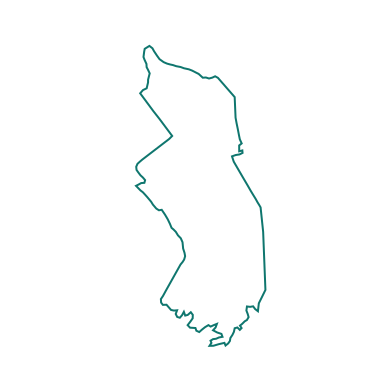 outline of Peri Mirim, Maranhão, Brazil, rotated 233°
{"feature_id": "56859067B19670060487182", "entity_name": "Peri Mirim", "entity_type": "district", "adm_level": 2, "iso_a3": "BRA", "parent_name": "Brazil", "parent_adm1": "Maranhão", "projection": "orthographic", "projection_center": [-44.905, -2.565], "detail": "fine", "context": "isolated", "style": "outline", "palette": "teal", "viewbox_px": 384, "rotation_deg": 233, "n_neighbors": 0, "source": "geoboundaries", "source_scale": "gbopen_adm2", "svg_char_len": 2195}
<svg xmlns="http://www.w3.org/2000/svg" viewBox="0 0 384 384"><g transform="rotate(233 192 192)"><path d="M334.8,240.4L332.9,238.3L329.0,234.5L326.3,233.7L321.7,232.7L319.0,230.9L316.0,230.4L312.2,229.6L310.2,227.1L308.1,224.5L306.0,222.9L302.1,218.2L302.9,214.2L302.0,210.0L279.7,209.8L270.0,210.0L248.7,209.9L248.1,205.8L247.9,182.9L247.8,171.7L247.6,168.4L247.3,165.4L245.7,162.6L243.0,161.0L240.0,160.9L236.4,160.9L233.1,161.5L229.7,161.7L228.0,159.5L229.7,156.8L230.1,153.9L230.6,151.0L224.3,151.8L221.4,152.6L218.5,152.9L214.8,153.2L208.8,153.5L205.5,153.2L200.3,153.5L197.3,154.6L196.0,157.1L190.0,156.8L184.8,156.2L179.8,155.2L175.7,154.1L173.1,154.7L169.9,155.1L165.8,154.7L161.8,155.2L157.6,154.2L152.2,150.9L147.9,149.4L144.9,147.9L142.8,145.1L141.8,142.5L141.0,139.2L128.9,111.7L126.4,106.2L125.2,102.7L122.3,100.8L119.4,100.8L117.3,103.8L110.4,104.3L108.2,106.2L106.5,108.9L104.4,105.6L101.1,105.0L98.9,106.6L99.6,109.9L101.2,113.4L97.4,112.2L96.4,114.6L96.7,118.7L93.4,118.7L90.7,116.5L89.5,112.8L88.3,108.4L84.8,108.8L83.1,110.8L81.3,112.9L78.6,112.0L75.8,113.5L76.1,117.2L76.2,121.1L75.8,125.0L73.3,125.9L72.6,129.2L71.7,132.5L69.6,129.3L68.9,125.6L64.6,127.6L61.0,130.1L58.0,129.2L59.6,126.0L60.3,122.9L61.8,120.3L62.1,117.3L59.8,116.7L58.6,113.4L56.3,116.6L54.4,121.7L52.0,127.1L49.2,126.4L49.3,129.8L50.2,132.6L52.3,134.8L53.6,138.4L55.1,141.3L57.5,144.1L56.5,146.7L53.1,147.2L53.5,149.7L56.4,149.9L56.5,152.7L57.0,156.3L56.7,158.8L58.0,161.9L61.1,163.1L64.6,164.1L67.5,167.0L65.3,169.3L63.9,172.0L60.5,172.0L57.1,172.9L62.9,178.4L65.9,184.4L69.6,191.7L117.3,224.8L138.4,237.5L141.6,237.9L144.1,238.1L148.3,238.7L152.6,239.1L157.6,239.6L163.9,240.4L172.7,241.4L191.1,243.6L196.4,245.4L195.2,249.2L193.4,252.6L192.8,255.9L194.9,257.2L196.1,254.2L198.5,256.0L200.8,257.7L200.9,260.9L205.3,261.9L209.1,263.7L214.6,266.4L220.1,269.0L225.1,271.5L242.1,283.2L267.6,281.4L270.5,280.1L271.1,277.1L272.4,273.9L275.1,272.0L276.8,269.4L282.2,268.4L289.0,265.1L291.9,263.3L295.6,260.1L298.7,258.1L302.0,255.1L304.8,253.2L307.0,251.3L309.6,249.3L312.8,247.5L317.6,246.0L322.0,246.1L327.2,246.4L330.6,246.9L334.3,245.9L334.8,240.4Z" fill="none" stroke="#0f766e" stroke-width="2"/></g></svg>